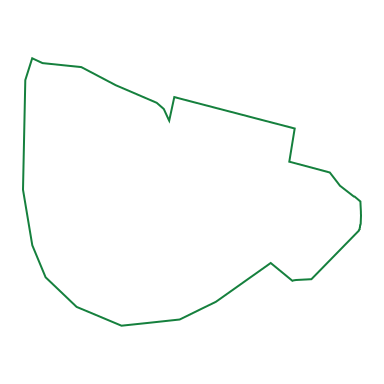 outline of Gokwe South Urban, Midlands, Zimbabwe
{"feature_id": "62879985B9450607738823", "entity_name": "Gokwe South Urban", "entity_type": "district", "adm_level": 2, "iso_a3": "ZWE", "parent_name": "Zimbabwe", "parent_adm1": "Midlands", "projection": "equal_earth", "projection_center": [28.956, -18.22], "detail": "fine", "context": "isolated", "style": "outline", "palette": "green", "viewbox_px": 384, "rotation_deg": 0, "n_neighbors": 0, "source": "geoboundaries", "source_scale": "gbopen_adm2", "svg_char_len": 770}
<svg xmlns="http://www.w3.org/2000/svg" viewBox="0 0 384 384"><path d="M25.3,80.1L23.0,189.7L30.6,235.2L32.3,245.3L45.6,277.3L76.6,306.9L121.5,325.7L149.1,322.8L179.7,319.5L201.1,309.0L215.9,301.8L270.0,263.5L270.7,263.0L292.4,280.8L293.5,280.4L294.1,280.3L296.1,280.0L311.4,279.2L358.9,230.6L358.9,230.1L359.3,229.6L359.7,229.2L359.6,228.2L360.0,227.3L360.0,225.9L360.3,225.4L360.3,224.5L360.7,224.0L360.7,223.5L361.0,215.6L361.0,215.1L360.9,213.7L360.9,211.8L360.5,203.9L360.5,203.4L360.4,202.0L360.4,201.5L354.5,196.5L353.8,196.5L339.8,185.6L339.5,185.1L329.8,172.5L289.3,161.7L294.7,128.5L269.7,122.0L174.3,97.1L169.2,120.7L168.6,119.5L163.8,109.0L156.7,102.8L115.7,85.2L81.3,67.1L42.5,63.1L32.2,58.3L25.3,80.1Z" fill="none" stroke="#15803d" stroke-width="2"/></svg>